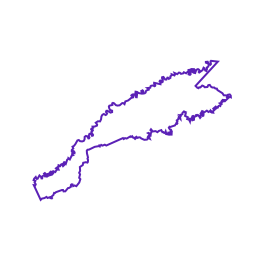 San José Del Guaviare, Guaviare, Colombia, rotated 335°
{"feature_id": "7082276B34884302801431", "entity_name": "San José Del Guaviare", "entity_type": "district", "adm_level": 2, "iso_a3": "COL", "parent_name": "Colombia", "parent_adm1": "Guaviare", "projection": "albers", "projection_center": [-71.872, 2.469], "detail": "fine", "context": "isolated", "style": "outline", "palette": "violet", "viewbox_px": 256, "rotation_deg": 335, "n_neighbors": 0, "source": "geoboundaries", "source_scale": "gbopen_adm2", "svg_char_len": 5974}
<svg xmlns="http://www.w3.org/2000/svg" viewBox="0 0 256 256"><g transform="rotate(335 128 128)"><path d="M197.6,99.3L195.4,100.0L193.4,97.8L193.3,99.3L192.3,100.0L190.2,97.7L189.8,98.7L188.2,99.1L187.6,100.5L185.8,100.7L185.5,99.3L185.0,99.0L183.3,100.3L182.2,99.8L181.7,96.7L180.4,96.4L179.9,97.1L180.2,98.4L179.0,100.8L178.2,100.9L178.1,99.0L177.0,98.6L176.4,99.0L176.7,100.0L175.9,102.0L170.8,98.1L170.5,98.6L170.8,100.8L170.4,101.3L169.6,101.3L168.8,100.1L166.9,99.5L166.2,99.6L165.2,100.9L162.5,100.0L163.3,101.4L163.1,102.0L160.6,101.8L159.4,102.4L159.0,103.3L157.8,103.6L156.3,103.2L157.4,100.8L157.1,100.0L155.7,100.1L155.6,101.5L154.6,102.4L152.4,100.8L151.5,99.2L150.2,98.3L149.8,98.9L150.4,101.4L148.9,103.8L148.3,103.5L148.3,100.2L146.1,99.5L144.0,100.1L145.9,100.2L146.2,101.2L145.6,102.4L143.7,102.1L139.8,103.1L136.8,102.8L134.9,104.9L134.2,103.4L133.3,103.0L130.0,103.9L127.9,103.2L126.7,102.2L125.8,99.7L125.0,98.9L124.1,99.0L123.6,100.5L120.5,99.9L119.7,100.5L119.3,102.4L119.4,104.1L120.9,105.6L120.3,106.9L118.7,106.7L116.5,103.6L115.7,103.3L114.8,104.1L115.2,105.9L114.2,106.7L113.2,106.8L112.0,105.1L110.4,105.2L108.8,106.3L107.2,108.8L105.5,110.2L103.5,109.2L101.0,109.6L101.5,111.8L100.9,112.7L98.5,112.6L96.5,111.8L96.4,113.1L94.5,113.2L94.0,113.8L94.2,114.4L95.2,114.7L95.1,115.4L93.0,116.2L93.4,119.5L93.0,120.0L92.1,119.9L91.9,117.5L90.6,117.0L88.9,118.7L89.1,120.2L88.4,120.9L87.7,120.7L87.5,118.3L86.5,117.4L85.0,117.7L83.8,120.0L82.4,121.0L80.8,120.8L79.0,119.7L78.3,118.1L76.9,117.9L73.4,120.4L71.4,121.4L69.8,121.5L69.8,123.4L67.8,124.2L67.2,125.2L67.5,126.2L68.3,125.5L69.0,126.0L69.3,127.5L68.8,128.3L66.9,127.2L66.3,128.2L66.7,129.4L65.3,129.2L62.0,131.9L61.2,130.1L60.6,130.9L59.5,131.0L56.6,134.1L56.1,132.2L55.5,132.0L54.5,132.9L55.6,133.7L55.7,134.2L53.0,135.1L52.8,132.8L51.8,132.8L50.3,134.0L49.2,133.7L49.7,132.8L49.3,132.4L48.6,133.5L45.7,134.1L46.0,134.7L47.6,134.7L47.5,136.4L45.8,135.6L43.5,137.2L42.1,135.6L41.4,135.5L41.0,135.8L41.4,136.6L41.2,137.4L39.6,138.0L39.3,137.3L40.4,136.0L39.6,134.9L38.3,135.3L38.0,137.9L36.8,137.7L37.2,136.1L35.7,135.7L34.9,136.2L34.8,137.7L34.0,137.8L33.7,137.0L34.4,135.5L33.6,133.7L32.7,133.9L33.4,136.2L33.1,136.9L32.4,136.9L32.1,135.8L31.4,135.4L29.2,135.7L29.3,137.0L28.8,137.4L28.3,137.1L28.6,135.9L27.7,133.6L24.6,135.8L23.7,135.5L23.7,133.4L21.5,134.3L20.4,135.4L21.7,136.8L20.3,137.9L20.6,140.0L19.7,140.8L18.5,140.0L18.5,156.2L20.1,155.6L22.7,156.2L25.0,156.0L25.5,157.4L28.0,157.7L28.0,158.7L29.2,159.6L29.6,159.4L29.3,158.0L32.1,157.2L33.6,155.6L34.3,156.1L35.6,155.7L42.0,156.3L42.9,156.7L42.8,158.2L44.4,158.9L48.2,157.1L49.4,157.4L51.5,157.1L52.2,155.5L53.0,155.2L53.9,155.7L53.7,157.5L55.3,157.5L56.6,158.9L60.8,156.8L63.2,154.2L62.7,152.5L65.0,149.7L64.8,148.0L66.5,146.6L67.9,143.0L71.3,142.5L72.7,140.6L75.4,141.2L76.6,142.2L77.3,141.8L78.3,140.0L78.3,138.7L79.3,137.8L80.1,133.6L81.1,131.1L82.1,130.6L83.5,131.1L89.9,131.0L94.0,132.1L94.4,132.6L94.8,131.7L95.8,132.4L96.6,132.0L97.5,133.2L99.9,133.3L100.9,134.7L119.2,135.0L119.5,136.2L121.0,135.9L122.4,137.0L126.6,136.6L126.9,137.4L128.3,137.2L128.5,138.7L129.2,139.2L129.8,140.9L130.8,140.6L129.9,139.9L131.9,139.5L132.5,141.0L134.1,141.1L135.0,141.7L135.6,143.1L137.8,145.6L140.3,146.5L141.7,146.0L142.0,145.3L143.2,146.9L143.3,145.5L142.2,144.6L143.4,143.7L145.1,144.6L145.7,143.7L144.0,141.1L144.5,141.1L145.4,142.4L146.2,142.7L148.1,141.1L147.5,139.4L148.3,138.9L149.0,141.6L151.7,142.5L152.9,144.2L154.7,143.7L157.3,144.0L157.4,146.3L158.2,146.5L158.7,147.8L159.5,148.1L160.7,147.0L160.4,149.0L161.3,149.5L160.4,149.9L161.5,150.7L162.1,150.0L162.1,150.9L162.7,150.8L162.9,151.6L164.7,152.4L165.4,151.1L163.9,150.3L163.9,149.7L164.7,149.4L165.5,150.6L166.2,149.8L166.2,147.7L165.4,147.2L165.1,145.0L166.1,144.4L166.5,144.9L171.6,145.5L173.3,144.5L174.0,145.0L174.8,144.5L174.5,143.4L175.7,142.7L175.5,141.7L177.1,141.3L177.9,140.4L178.5,140.9L178.7,140.1L179.3,141.9L179.8,140.2L180.7,139.2L180.5,138.5L181.2,139.0L181.5,138.3L183.1,138.5L183.8,137.3L185.7,136.6L186.9,138.0L186.3,138.2L186.5,139.2L184.8,141.1L186.8,143.6L185.4,144.9L186.9,146.4L186.9,148.3L188.1,146.5L187.3,145.8L187.8,145.6L191.0,147.3L190.3,148.0L189.5,147.3L189.5,148.2L191.3,148.4L192.0,147.0L191.1,146.0L191.5,145.7L191.5,145.0L191.0,144.9L191.4,144.5L192.2,144.6L193.5,146.0L194.9,146.0L195.1,145.1L196.2,145.3L196.9,146.5L197.2,145.5L197.6,149.3L198.6,148.8L198.5,147.5L199.8,147.0L201.0,148.1L201.0,148.7L201.5,148.7L202.2,147.6L200.8,146.8L200.0,145.6L202.3,144.0L202.8,144.5L201.9,145.5L203.9,146.0L206.8,145.6L207.7,147.5L209.7,147.2L209.5,148.1L209.9,148.6L210.4,147.5L210.9,148.8L210.7,149.5L211.7,150.1L211.8,148.8L213.7,148.3L213.5,146.5L215.4,146.0L214.7,147.0L215.0,147.7L216.5,147.5L216.3,146.4L217.6,146.6L218.2,147.3L219.4,146.3L220.6,146.4L221.0,147.0L222.3,145.6L221.7,144.4L222.5,144.5L222.5,145.4L223.0,145.7L223.6,144.3L224.6,144.2L224.0,143.4L224.6,143.0L225.2,143.4L225.8,142.6L227.8,143.7L227.3,144.4L226.0,143.9L227.0,144.7L230.9,143.4L230.6,141.9L231.7,141.3L232.7,143.0L233.6,142.9L234.2,143.6L234.8,142.0L234.4,140.6L232.6,140.1L231.6,140.4L228.6,138.8L228.3,136.4L225.1,131.4L225.2,129.9L223.8,129.1L223.3,127.8L221.5,126.9L220.6,125.5L220.3,123.5L218.9,123.1L217.3,124.4L214.8,123.5L214.2,121.9L213.2,120.9L210.7,121.8L209.7,121.2L208.7,121.7L207.8,120.7L207.0,118.4L237.5,105.8L231.6,102.2L230.9,102.5L230.2,105.1L229.3,105.5L228.4,104.3L228.2,101.6L226.5,101.0L226.2,101.7L227.9,103.5L227.9,104.8L226.7,106.3L225.0,106.5L224.5,107.9L223.1,109.4L222.3,108.5L222.6,106.3L222.0,105.3L220.0,107.1L216.0,107.8L215.8,107.1L217.2,106.2L217.0,105.2L216.3,104.2L215.3,104.1L213.7,104.9L212.1,106.6L211.6,106.2L213.1,103.5L212.8,102.6L211.2,101.8L211.9,105.0L210.8,105.5L209.9,104.2L209.1,101.5L207.4,101.0L207.0,102.3L208.1,104.1L207.4,105.8L206.6,106.0L205.6,105.0L206.6,103.8L206.2,102.1L203.8,103.0L202.2,101.1L201.1,101.8L198.9,101.3L198.4,99.9L197.6,99.3Z" fill="none" stroke="#5b21b6" stroke-width="2"/></g></svg>